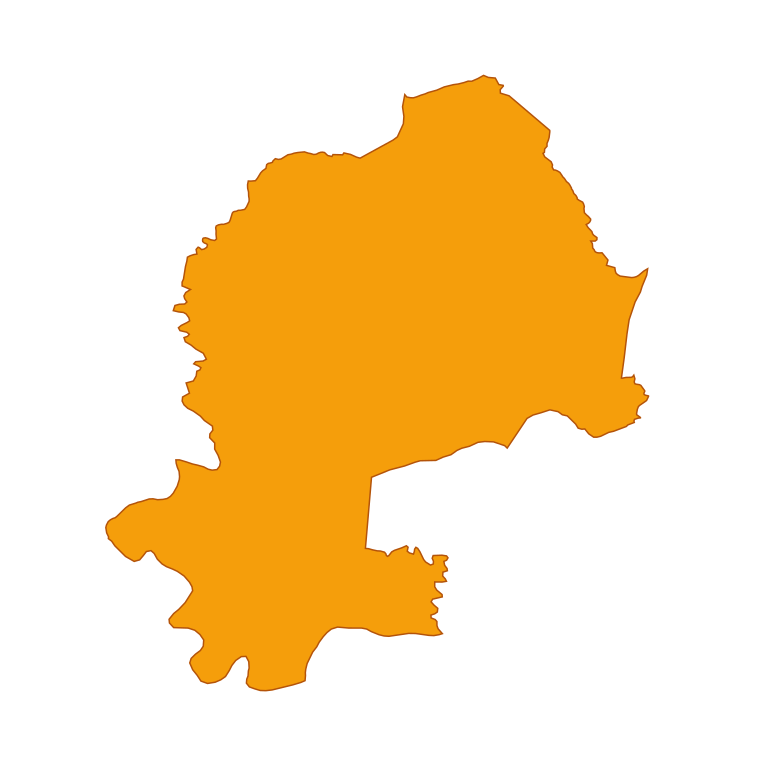 Mecatlán, Veracruz, Mexico, rotated 95°
{"feature_id": "50627088B34984367598758", "entity_name": "Mecatlán", "entity_type": "district", "adm_level": 2, "iso_a3": "MEX", "parent_name": "Mexico", "parent_adm1": "Veracruz", "projection": "natural_earth1", "projection_center": [-97.65, 20.21], "detail": "fine", "context": "isolated", "style": "filled", "palette": "amber", "viewbox_px": 768, "rotation_deg": 95, "n_neighbors": 0, "source": "geoboundaries", "source_scale": "gbopen_adm2", "svg_char_len": 6145}
<svg xmlns="http://www.w3.org/2000/svg" viewBox="0 0 768 768"><g transform="rotate(95 384 384)"><path d="M562.1,645.1L564.3,641.6L568.7,638.0L578.3,626.5L582.5,617.4L580.5,612.1L576.0,608.9L571.6,606.1L570.3,601.6L572.8,598.2L578.3,594.5L582.6,589.4L584.9,584.8L586.8,578.5L588.6,573.6L592.7,566.4L598.4,560.5L602.7,557.6L606.7,556.6L619.1,563.0L626.4,568.8L631.0,573.5L637.1,577.6L640.8,576.9L645.0,572.3L644.2,557.8L645.8,551.0L649.6,545.5L654.7,541.3L661.0,541.2L665.5,543.7L669.6,548.3L674.2,552.2L678.8,553.2L685.3,549.7L690.5,544.7L695.9,540.5L697.7,533.7L695.8,526.2L692.9,520.8L689.2,516.4L683.0,513.2L677.6,511.0L672.3,507.6L668.0,502.4L667.4,497.7L672.4,494.5L678.8,493.6L681.6,494.1L686.7,494.0L690.0,495.0L694.0,495.0L697.5,491.7L698.9,486.4L700.1,480.6L699.8,475.0L698.5,468.7L691.7,448.7L688.6,440.9L686.4,436.8L681.3,436.8L678.4,437.2L674.9,437.1L669.1,436.2L657.3,431.7L651.7,428.1L646.9,426.1L641.0,422.5L636.5,419.1L632.7,415.1L630.2,409.1L630.2,398.0L629.1,385.1L629.6,379.9L631.8,375.0L634.2,367.1L635.0,362.0L634.9,357.1L630.3,337.7L629.8,330.8L630.5,317.4L630.3,312.4L628.9,307.2L627.6,304.1L623.1,308.8L620.0,310.2L616.0,310.6L614.2,312.5L612.9,316.7L610.1,317.1L608.5,313.4L606.5,311.0L602.8,310.9L600.0,314.8L596.9,318.1L594.1,316.8L591.0,307.4L588.7,307.8L584.7,313.5L581.6,315.8L576.8,316.2L576.2,308.7L575.1,304.6L572.9,305.9L570.2,308.8L566.3,308.9L564.5,304.6L562.3,305.1L559.3,307.8L555.5,308.9L554.1,306.3L551.6,305.1L549.8,306.7L549.5,311.3L550.6,320.1L553.4,320.8L556.2,319.3L559.0,319.2L560.3,321.9L557.7,327.0L555.4,329.2L548.0,333.6L544.8,336.1L543.9,338.0L545.8,339.1L548.2,339.2L550.9,339.8L550.1,343.9L548.5,346.3L544.5,345.8L543.2,347.6L545.7,352.1L548.8,359.1L550.6,361.7L554.6,364.3L555.4,365.6L554.3,366.9L553.2,367.2L551.5,368.8L550.7,373.1L550.8,376.2L550.2,381.0L549.4,385.1L549.4,388.2L478.0,388.3L469.0,370.7L463.9,356.4L459.2,346.2L457.3,341.2L455.6,325.7L451.7,318.8L448.6,311.1L443.8,305.5L441.2,300.9L438.6,293.5L433.9,285.3L432.5,278.6L432.1,269.9L434.9,258.4L437.1,255.7L405.8,238.5L401.9,232.8L399.0,225.2L395.3,216.5L396.4,208.1L399.1,203.7L399.8,198.6L407.2,189.6L411.1,186.7L411.8,183.0L411.3,180.0L415.8,175.7L418.7,170.5L418.4,167.2L417.2,163.6L412.6,155.9L411.1,151.2L405.2,138.9L403.5,137.5L400.5,131.3L399.1,131.8L397.4,131.4L395.9,127.9L395.4,125.6L395.1,125.6L394.8,125.9L392.6,129.6L391.3,129.8L387.1,129.4L384.6,128.7L383.2,127.7L377.6,121.0L373.3,119.4L372.8,119.5L372.4,122.5L371.8,123.9L371.1,124.2L370.2,124.2L368.7,123.6L368.0,123.7L363.0,128.0L362.4,129.5L362.2,132.8L361.9,134.0L360.8,134.7L359.5,134.9L357.0,134.5L353.4,135.9L355.0,136.9L355.8,138.2L356.4,143.6L357.5,147.4L357.4,148.0L336.7,147.0L312.8,146.3L298.6,145.4L280.4,141.0L270.0,136.6L264.3,135.4L252.7,131.8L246.2,131.4L248.8,135.0L253.7,139.9L255.0,141.8L255.9,144.1L256.4,146.5L255.9,158.2L254.8,160.6L253.5,162.4L251.4,163.4L248.0,164.2L246.4,172.7L241.0,171.7L234.3,178.2L234.7,181.2L234.6,183.3L234.0,184.9L232.9,185.9L232.0,186.3L230.4,187.9L225.9,188.7L223.6,190.5L223.2,186.1L221.7,184.5L219.6,184.6L217.5,188.1L216.2,189.3L214.0,190.2L210.4,194.3L207.5,196.5L206.2,194.5L205.1,193.4L203.2,192.5L201.7,192.5L199.3,195.0L197.9,197.0L195.9,199.3L191.7,200.1L189.7,199.9L187.2,200.9L185.5,202.0L184.0,205.6L182.9,207.6L181.4,207.9L179.4,209.3L177.7,211.5L174.7,212.9L173.4,214.2L172.5,214.3L169.2,216.5L168.0,217.6L166.4,219.9L163.5,222.2L161.9,224.1L161.0,224.7L157.9,227.2L156.6,229.8L156.0,231.7L155.9,233.7L153.2,235.4L151.1,235.2L148.0,236.9L143.7,243.7L140.3,245.7L139.3,244.4L135.8,244.4L133.0,242.3L130.2,242.6L126.6,241.5L124.0,241.0L118.3,240.8L116.9,241.0L86.0,284.5L84.1,293.4L80.7,293.9L76.8,291.1L76.1,291.3L75.7,295.7L69.5,299.8L69.5,306.8L67.9,311.7L71.6,317.2L74.7,322.9L75.0,326.7L76.7,330.5L78.7,336.3L79.7,340.8L82.8,349.9L86.7,357.1L89.8,365.4L91.4,368.3L93.0,372.3L95.1,376.5L96.4,379.8L96.5,382.9L96.1,386.3L93.9,388.5L106.2,389.7L115.7,387.5L123.1,387.4L136.6,392.2L140.2,396.2L161.1,427.5L160.4,431.1L158.2,437.4L157.3,444.1L159.3,445.2L159.9,454.8L161.9,455.7L161.3,460.0L158.6,463.4L158.4,465.5L158.7,467.3L159.6,469.4L161.0,471.5L161.5,474.0L160.8,477.4L160.6,479.6L159.7,483.5L160.9,490.0L161.9,493.7L163.1,496.4L164.0,499.7L168.8,506.1L169.5,508.8L169.0,511.9L171.4,514.0L172.9,514.5L173.8,516.6L174.3,518.5L175.7,520.0L179.5,520.4L182.3,523.6L184.5,525.3L190.0,528.0L192.7,529.8L193.5,534.5L193.6,536.9L197.4,537.3L200.9,536.9L204.5,535.7L208.6,535.2L211.3,534.5L213.8,534.3L219.6,536.4L222.2,538.0L223.4,542.0L223.7,544.4L224.7,546.0L225.2,548.1L225.8,549.2L227.0,550.0L234.5,551.6L236.5,552.5L237.6,554.4L238.9,557.6L239.1,560.1L239.9,562.8L241.2,564.9L243.0,565.3L246.1,564.6L249.4,564.4L254.2,563.5L255.8,565.2L255.4,569.2L254.3,572.2L253.9,574.6L254.4,576.7L255.2,577.2L256.5,577.3L257.9,577.0L259.1,575.4L259.9,572.9L260.7,572.0L263.2,572.4L265.2,574.9L266.0,577.4L264.3,579.8L263.9,581.1L266.3,582.9L270.9,581.7L271.6,584.7L273.2,588.4L274.8,590.9L278.7,591.1L284.2,592.0L297.0,592.9L300.1,594.0L303.9,593.7L306.7,585.0L310.2,589.5L313.7,591.0L316.4,590.0L319.5,587.5L321.7,589.5L322.4,594.9L324.0,599.1L329.3,600.3L330.1,594.8L330.2,590.0L331.5,587.2L334.9,584.2L338.0,583.1L339.9,585.5L343.3,591.1L345.9,593.7L348.6,591.9L349.6,585.0L351.4,582.3L353.6,583.8L355.2,587.3L359.2,585.6L362.0,579.7L365.7,574.3L369.1,566.7L374.8,563.1L376.9,566.3L378.2,573.6L380.5,575.3L382.3,570.3L383.7,567.8L386.0,568.6L387.6,571.6L392.4,571.8L397.6,574.2L400.2,581.2L410.1,577.0L414.5,583.5L418.6,583.6L422.2,581.4L425.3,577.4L427.6,571.6L432.0,564.1L436.0,559.8L440.9,551.3L444.9,550.5L448.9,553.1L452.7,553.0L457.5,547.5L463.6,547.0L469.6,543.0L476.0,540.1L480.2,540.6L483.8,542.9L484.8,547.7L484.2,551.8L482.3,556.3L481.1,562.6L480.4,567.7L478.8,574.3L477.4,581.2L477.7,584.7L481.1,584.1L485.0,582.6L489.0,580.5L494.1,579.6L497.1,579.6L503.9,581.1L511.1,584.4L514.6,587.0L517.0,590.1L518.2,594.1L519.0,599.4L518.5,604.1L519.0,607.9L522.3,615.7L523.3,619.1L524.2,620.7L526.8,627.1L529.9,630.6L539.1,638.5L540.7,640.2L541.6,642.4L543.2,644.8L545.1,646.7L548.7,648.2L551.3,648.6L556.5,647.3L560.2,645.1L562.1,645.1Z" fill="#f59e0b" stroke="#b45309" stroke-width="1.5"/></g></svg>